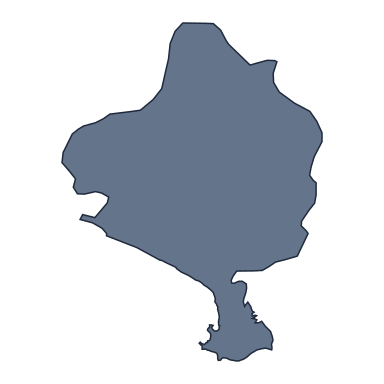 Greenville, Sinoe, Liberia (Albers equal-area conic projection)
{"feature_id": "62588387B68895676065239", "entity_name": "Greenville", "entity_type": "district", "adm_level": 2, "iso_a3": "LBR", "parent_name": "Liberia", "parent_adm1": "Sinoe", "projection": "albers", "projection_center": [-9.039, 5.046], "detail": "fine", "context": "isolated", "style": "filled", "palette": "slate", "viewbox_px": 384, "rotation_deg": 0, "n_neighbors": 0, "source": "geoboundaries", "source_scale": "gbopen_adm2", "svg_char_len": 2660}
<svg xmlns="http://www.w3.org/2000/svg" viewBox="0 0 384 384"><path d="M106.5,235.8L130.7,245.2L136.2,247.3L145.9,252.5L160.0,260.2L162.0,260.5L165.9,262.6L174.2,266.5L176.0,267.4L176.4,268.5L181.2,272.0L185.0,273.8L186.5,274.5L188.8,275.6L193.1,278.3L195.3,279.9L198.8,281.0L201.5,282.7L204.1,285.2L207.3,287.1L210.8,290.0L213.3,292.6L215.3,298.5L214.9,301.9L216.4,303.9L217.0,305.6L217.9,307.3L217.7,308.4L217.6,309.3L218.1,311.2L218.7,313.2L219.3,317.1L218.6,320.8L218.5,322.3L218.8,325.5L219.7,325.8L219.1,327.3L219.2,328.9L218.1,330.2L216.7,331.0L214.6,331.0L212.2,329.0L211.7,327.5L213.1,325.4L211.4,324.9L209.5,325.0L209.6,325.9L209.6,327.3L208.5,328.0L207.6,329.2L207.5,330.3L208.6,331.5L209.9,332.7L210.7,334.2L210.7,336.6L210.1,339.8L208.7,340.8L207.6,340.9L207.6,342.5L206.5,342.5L205.7,343.1L204.5,344.5L201.8,343.6L200.2,342.1L199.2,343.3L200.6,344.7L202.2,346.0L202.1,347.0L202.1,349.3L205.6,349.1L207.6,350.2L209.3,350.5L211.2,351.4L215.0,352.3L217.0,353.6L217.7,355.9L217.7,358.7L218.3,360.4L220.7,360.1L221.4,358.8L223.1,357.7L226.0,358.0L227.8,358.6L228.6,359.3L230.9,360.0L237.0,361.0L239.4,360.8L240.3,360.3L243.3,359.3L246.8,357.2L250.6,353.7L256.8,350.0L260.9,348.9L265.7,348.1L271.7,349.9L272.0,347.9L271.5,344.1L273.0,340.3L272.2,336.2L270.5,331.4L269.0,329.9L265.2,326.1L261.7,321.3L258.6,322.8L255.1,322.8L256.9,319.8L254.4,318.8L252.4,318.4L254.6,317.3L256.6,315.7L254.9,315.2L252.4,316.0L251.9,313.7L254.1,312.2L252.4,311.2L251.6,309.4L250.9,306.9L247.8,302.1L245.6,304.9L244.6,306.4L243.3,301.6L243.8,298.8L245.8,292.7L246.6,288.2L246.3,283.9L242.3,281.3L238.8,281.3L234.0,283.3L231.7,283.1L231.2,280.3L233.0,276.3L235.5,272.8L236.8,271.1L242.2,271.0L252.5,270.9L257.7,270.7L259.9,270.5L262.2,270.5L269.4,266.3L275.5,262.1L284.6,259.8L287.0,259.1L297.3,256.1L308.1,233.5L306.2,230.8L301.2,225.8L301.4,223.9L301.6,221.2L308.8,210.5L314.6,203.2L316.1,195.1L316.1,182.8L313.0,180.1L309.6,175.2L311.1,167.1L314.2,156.7L321.2,143.2L322.0,141.6L322.0,132.8L316.7,121.2L309.8,111.3L294.5,103.2L291.9,101.3L279.3,92.1L273.6,82.5L273.2,73.3L276.9,61.8L275.9,61.2L274.7,60.6L267.3,60.3L250.0,65.0L228.9,44.6L226.2,40.7L220.7,30.2L213.3,23.6L204.7,23.3L182.8,23.0L175.1,31.3L170.2,43.5L168.5,59.0L166.5,67.6L165.8,70.6L162.1,87.0L161.6,88.8L153.1,99.6L141.6,109.2L140.4,110.2L130.5,111.6L109.9,114.1L103.3,118.8L95.6,122.7L83.6,126.0L78.6,129.0L72.3,134.0L68.2,142.3L63.7,151.4L63.2,152.2L62.0,162.6L69.4,171.2L75.5,178.9L73.3,187.2L77.4,193.8L84.5,194.1L95.5,191.6L101.5,193.0L108.7,197.1L107.3,202.9L94.9,217.6L82.6,214.6L80.1,219.5L92.5,222.8L102.0,228.2L106.6,233.5L106.5,235.8Z" fill="#64748b" stroke="#1e293b" stroke-width="1.5"/></svg>